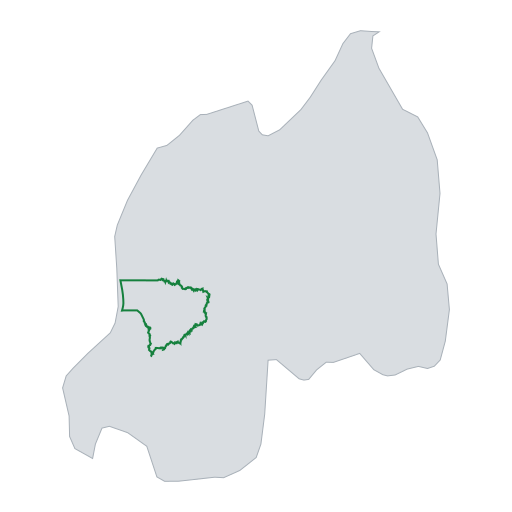 Karongi, Western, Rwanda (highlighted)
{"feature_id": "39286606B2179123121438", "entity_name": "Karongi", "entity_type": "district", "adm_level": 2, "iso_a3": "RWA", "parent_name": "Rwanda", "parent_adm1": "Western", "projection": "equal_earth", "projection_center": [29.451, -2.174], "detail": "fine", "context": "in_parent", "style": "outline", "palette": "green", "viewbox_px": 512, "rotation_deg": 0, "n_neighbors": 0, "source": "geoboundaries", "source_scale": "gbopen_adm2", "svg_char_len": 7081}
<svg xmlns="http://www.w3.org/2000/svg" viewBox="0 0 512 512"><path d="M200.4,114.6L206.7,114.4L248.0,101.1L252.1,105.2L258.8,131.1L262.3,134.8L268.1,135.8L279.7,129.8L300.9,109.6L310.2,97.3L321.2,80.1L335.1,60.6L342.9,43.6L350.5,33.7L360.5,30.7L371.5,31.5L379.2,31.8L372.9,35.9L371.6,48.3L378.9,68.2L402.6,109.3L417.7,116.9L427.5,132.9L437.2,159.8L440.0,193.5L436.0,234.0L438.4,264.2L447.1,284.0L449.4,309.6L445.3,341.1L440.2,360.0L434.3,366.2L427.5,368.5L418.4,366.4L407.2,369.1L395.1,375.0L387.5,375.9L382.8,374.7L373.8,369.7L359.7,353.4L333.4,362.4L326.2,362.2L316.6,369.9L308.7,379.4L303.9,380.1L299.1,378.8L276.4,359.6L268.1,360.2L264.7,414.2L260.9,444.1L256.2,457.5L239.9,470.4L223.6,477.7L214.7,477.2L178.7,481.2L164.6,481.3L156.9,476.9L146.8,446.3L127.7,432.7L109.4,426.3L102.0,428.1L95.4,444.1L92.6,458.5L74.9,448.6L69.6,436.5L69.1,416.0L62.6,387.9L66.2,375.9L73.1,368.2L87.9,353.3L110.3,332.8L115.1,323.0L118.2,306.6L116.8,268.6L114.7,236.5L117.3,225.1L127.5,200.3L141.2,174.9L157.2,148.1L166.9,145.4L179.5,135.3L192.9,120.2L200.4,114.6Z" fill="#d9dde1" stroke="#a8b0b8" stroke-width="1"/><path d="M197.6,325.7L199.1,325.1L199.6,325.1L200.1,324.5L200.4,323.5L200.7,324.0L201.0,323.6L201.6,324.4L202.0,324.7L202.3,324.0L202.0,323.4L202.3,322.6L202.9,322.8L202.9,322.2L203.5,321.9L204.0,321.3L204.5,321.8L205.4,321.9L206.0,321.1L205.8,320.4L206.6,319.2L206.5,318.7L206.7,318.1L206.6,317.8L206.6,317.1L206.4,316.8L206.0,316.8L205.7,316.1L205.6,314.9L205.9,314.5L205.8,314.1L206.0,313.4L205.7,313.4L205.7,312.9L205.5,312.6L205.4,312.6L205.3,313.0L204.8,312.8L204.7,311.6L203.9,311.6L204.1,310.4L204.7,309.9L204.7,309.7L204.4,309.8L204.4,309.6L204.5,309.1L204.3,308.6L204.6,308.0L205.2,307.3L205.5,306.8L205.7,306.7L206.1,306.0L206.4,305.8L206.3,305.4L206.0,305.2L206.4,304.9L206.3,304.5L206.8,304.0L206.8,303.1L207.3,302.6L207.9,302.5L207.9,302.1L208.5,302.1L208.5,301.8L208.3,301.5L208.3,301.2L208.1,300.9L207.9,301.1L207.6,301.0L207.7,300.6L207.3,300.3L207.2,299.7L207.4,299.3L207.6,299.5L207.6,300.2L207.7,300.4L208.0,300.2L208.2,298.9L207.8,297.9L208.2,298.2L208.4,297.3L209.1,297.2L209.2,296.5L208.7,296.5L208.5,295.8L208.9,295.5L209.2,295.8L209.5,294.8L209.5,294.3L209.3,294.1L208.7,294.2L208.3,293.9L207.8,292.9L207.2,292.4L206.8,291.3L206.2,291.4L206.1,291.6L205.6,291.2L205.0,291.1L203.3,291.8L203.0,290.1L202.8,289.6L202.6,289.7L202.4,289.2L202.5,288.6L201.8,288.8L201.1,289.8L200.6,290.1L200.1,289.6L198.9,289.6L198.1,289.1L197.5,289.0L196.9,289.1L197.1,289.3L197.4,289.3L197.6,289.6L197.4,290.2L197.2,290.5L196.8,290.0L196.4,290.2L196.1,289.5L195.9,289.8L195.6,289.6L195.4,290.1L195.1,289.8L195.0,290.1L194.8,289.9L194.3,290.1L194.0,289.9L193.7,290.7L193.5,290.4L193.1,290.1L193.4,289.7L193.3,289.2L192.6,288.7L192.0,289.0L191.8,288.7L191.6,289.1L190.8,287.7L190.6,287.9L190.1,287.5L189.8,287.5L189.6,287.7L188.9,287.3L188.5,287.8L188.2,287.7L188.0,287.8L187.7,287.4L187.1,287.9L186.2,287.9L185.8,288.3L186.0,288.9L185.9,289.1L185.5,289.2L184.9,288.9L184.7,289.1L184.1,288.9L182.7,288.9L182.6,288.6L182.1,288.1L182.1,287.9L181.8,287.7L182.1,287.0L181.8,286.4L181.5,286.3L181.3,285.8L180.8,285.6L180.6,285.3L180.2,285.3L180.0,284.9L179.4,284.6L179.2,284.3L179.3,283.8L178.4,283.9L178.3,283.4L178.6,283.2L179.0,282.2L179.0,281.3L179.2,281.0L178.2,280.2L178.1,280.7L177.7,280.9L177.4,281.5L177.0,281.6L177.0,282.1L176.7,282.6L176.3,283.8L175.9,284.0L175.6,284.4L175.0,284.7L175.0,284.3L174.7,284.0L174.0,283.8L173.9,284.0L173.5,283.6L173.3,283.9L172.6,283.7L172.5,284.2L172.6,284.5L172.4,284.8L171.7,284.5L171.4,283.4L170.8,283.4L170.8,283.9L170.3,283.7L170.2,282.8L169.9,282.4L169.5,282.4L169.3,282.1L169.0,282.1L168.7,282.4L168.6,282.0L168.8,281.3L168.7,280.8L168.0,280.8L167.9,281.4L167.6,281.3L167.0,280.7L166.8,281.0L166.5,280.9L166.3,280.4L166.1,281.2L165.8,281.3L165.5,282.0L165.3,281.1L164.5,281.4L164.2,280.5L163.7,280.5L163.3,280.1L162.7,280.2L162.6,279.8L162.9,279.8L162.9,279.3L163.0,279.3L163.1,279.1L162.8,279.0L162.6,279.1L162.0,279.2L161.6,278.7L161.4,278.8L161.4,279.0L161.2,279.4L160.8,279.7L160.4,280.0L158.9,279.6L158.5,279.7L157.8,280.4L120.4,280.3L122.2,289.8L122.9,294.8L123.3,299.7L123.4,303.3L123.2,305.5L122.7,308.0L122.0,310.6L123.8,310.4L137.2,310.4L140.3,313.0L141.1,314.0L143.7,319.3L144.0,320.3L143.7,321.0L144.6,322.1L144.5,322.4L144.6,322.8L145.0,323.0L145.3,323.8L145.5,323.9L145.4,324.3L145.2,324.5L145.3,324.8L145.5,325.2L145.7,324.9L146.0,324.9L145.9,324.6L146.1,324.5L146.5,325.8L146.7,326.5L146.9,326.7L147.2,326.4L147.8,326.6L147.9,327.3L148.2,327.6L148.3,328.0L148.6,327.6L149.2,327.5L149.2,327.3L149.6,327.4L149.7,327.7L149.9,327.7L149.9,328.0L150.0,327.7L150.3,327.8L150.4,328.1L150.3,328.6L149.5,328.5L149.3,329.8L149.0,330.7L148.6,331.0L148.6,331.7L148.3,332.1L148.1,332.5L148.4,333.1L149.5,333.9L149.5,334.3L149.7,334.6L149.5,334.8L149.5,335.3L150.0,335.4L150.2,335.7L149.6,336.7L149.9,337.4L149.9,338.0L149.6,339.2L149.6,340.6L149.8,340.9L149.8,341.6L150.2,342.3L150.4,343.4L150.8,343.7L150.6,344.1L150.2,344.2L149.9,344.8L150.0,345.1L149.3,345.4L149.1,346.1L148.4,346.0L148.3,346.4L148.3,347.1L148.5,347.4L148.6,347.7L149.5,348.2L149.5,348.4L149.0,349.9L150.2,351.1L151.3,351.6L151.3,352.0L151.5,352.3L151.4,352.7L151.5,353.2L151.7,353.4L151.7,354.0L152.2,354.2L151.7,354.4L151.2,355.3L151.2,355.5L151.3,355.8L151.5,356.0L151.8,356.2L152.1,356.3L151.4,355.9L151.2,355.4L151.3,355.2L151.8,354.4L152.7,354.1L153.0,353.4L152.9,353.1L153.3,352.5L153.4,351.7L154.7,349.7L155.1,349.5L155.3,349.1L155.8,348.8L155.8,348.1L156.1,348.2L156.5,347.9L159.6,348.3L160.4,347.7L161.0,348.3L161.6,347.5L162.7,347.5L163.0,347.6L163.0,348.0L163.4,349.1L163.2,349.7L163.9,349.5L164.2,349.3L164.2,348.8L164.4,348.5L164.4,348.2L164.9,348.1L164.8,347.8L165.1,347.7L165.5,346.7L165.8,346.4L165.7,346.1L166.1,345.7L166.3,345.2L166.5,345.2L166.5,344.8L167.0,344.1L167.5,343.9L168.2,344.5L168.9,343.5L169.4,343.5L170.0,343.1L170.4,342.1L170.4,341.7L170.6,341.5L171.6,341.9L171.8,342.4L172.8,342.9L173.0,343.3L173.6,343.4L173.9,343.2L174.2,343.3L174.5,343.8L175.1,343.2L175.9,343.2L175.6,342.6L176.0,342.7L176.2,342.4L176.5,342.7L176.8,342.2L177.2,342.1L177.8,341.6L178.2,342.8L179.4,342.8L179.8,343.2L180.2,342.5L180.4,342.8L180.4,342.5L180.8,341.7L180.6,341.2L181.0,340.2L180.9,339.9L181.0,339.7L181.4,339.7L181.5,339.1L182.2,338.9L182.9,337.5L183.3,337.6L183.5,337.2L183.9,336.8L183.8,336.5L184.3,335.6L184.3,335.2L184.5,334.8L185.1,334.6L185.5,335.3L185.5,335.1L185.9,334.5L186.9,334.1L186.9,333.7L187.2,333.7L187.5,333.1L187.6,333.5L187.7,333.3L187.8,333.5L188.3,333.5L188.5,333.7L188.5,332.6L188.8,332.1L188.9,332.6L189.4,332.9L189.1,331.8L189.4,331.1L189.8,331.1L190.1,331.3L190.3,330.5L190.8,330.8L190.8,330.3L191.1,330.4L191.2,330.0L191.5,330.1L191.4,329.7L191.6,329.8L191.8,329.4L191.8,329.0L192.3,328.7L192.6,328.2L193.2,328.0L193.6,327.0L193.8,327.5L194.1,327.0L194.3,327.4L194.9,327.2L194.5,327.0L194.2,326.3L194.5,326.1L194.6,326.4L194.8,326.5L195.1,326.1L194.8,325.4L195.0,325.1L195.3,325.2L195.5,324.2L195.9,324.4L196.4,324.2L196.8,324.3L197.1,325.1L197.2,325.6L197.6,325.7Z" fill="none" stroke="#15803d" stroke-width="2"/></svg>